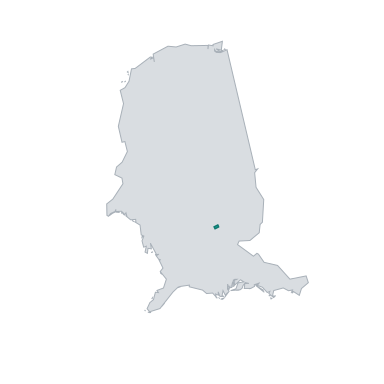 location of Vermilion, Illinois, United States of America, rotated 63°
{"feature_id": "52423323B2069636466078", "entity_name": "Vermilion", "entity_type": "district", "adm_level": 2, "iso_a3": "USA", "parent_name": "United States of America", "parent_adm1": "Illinois", "projection": "albers", "projection_center": [-87.652, 40.18], "detail": "fine", "context": "in_parent", "style": "filled", "palette": "teal", "viewbox_px": 384, "rotation_deg": 63, "n_neighbors": 0, "source": "geoboundaries", "source_scale": "gbopen_adm2", "svg_char_len": 4040}
<svg xmlns="http://www.w3.org/2000/svg" viewBox="0 0 384 384"><g transform="rotate(63 192 192)"><path d="M296.3,149.1L314.1,144.3L318.6,128.4L325.6,129.5L327.7,138.3L332.8,143.3L326.4,147.0L326.4,148.7L324.9,146.9L323.8,150.8L318.9,154.3L316.9,163.9L320.7,167.1L322.7,166.2L321.8,164.7L322.6,165.3L323.1,167.2L317.3,169.6L315.9,167.8L315.7,170.6L308.8,172.5L304.1,176.9L304.3,174.8L303.6,173.6L302.9,178.6L304.5,179.2L304.6,183.4L301.7,189.2L297.5,186.5L299.3,182.8L297.0,185.5L298.5,189.0L300.4,190.9L301.0,193.2L297.4,202.4L298.2,196.8L293.9,192.2L295.6,186.6L292.2,188.6L294.4,196.4L290.7,194.4L289.5,194.8L290.3,192.2L290.2,191.5L289.2,193.6L289.3,195.2L295.0,197.6L294.0,199.2L291.3,196.7L290.3,196.4L293.7,199.3L295.1,199.8L294.5,201.9L292.7,200.6L295.6,203.3L295.1,203.8L293.6,202.4L290.2,202.1L294.7,204.5L297.3,204.0L300.8,211.0L297.8,205.7L299.0,209.2L293.9,209.1L297.9,212.2L299.5,211.0L297.7,214.5L292.8,214.0L295.9,215.3L293.6,217.3L296.7,218.1L291.4,219.5L289.1,225.1L284.2,227.1L275.2,237.5L273.8,236.6L270.7,245.7L270.5,247.8L272.5,254.4L281.3,273.5L279.5,284.1L275.6,285.0L271.4,279.7L270.4,275.2L264.7,270.1L266.4,267.6L263.8,267.9L264.6,261.0L258.0,254.4L248.4,256.4L246.6,252.4L237.2,252.2L238.4,250.6L236.7,252.2L232.5,252.9L232.4,249.8L231.7,252.0L218.7,252.3L224.2,254.0L222.2,256.8L226.4,259.6L224.2,261.1L219.6,257.3L219.2,260.1L212.8,258.7L209.4,254.9L207.1,256.7L197.9,253.3L192.2,256.8L193.7,255.8L190.8,254.6L188.9,259.3L182.9,261.9L184.3,261.1L180.6,260.3L181.7,262.0L177.1,263.6L174.8,268.8L172.9,267.7L174.4,269.4L174.2,274.3L175.7,277.5L174.2,278.4L163.9,273.4L162.4,265.8L153.3,249.8L147.8,248.1L141.5,252.9L135.5,247.9L133.7,240.7L126.6,231.2L116.6,228.9L115.9,231.8L100.0,227.8L82.2,212.9L68.8,209.8L68.6,204.3L64.7,197.8L54.8,190.0L56.1,186.6L52.8,167.8L53.8,166.3L54.8,169.0L54.9,165.3L59.0,166.5L51.5,164.0L51.2,147.2L55.6,140.3L57.1,131.0L61.3,126.3L68.7,111.1L71.9,112.9L68.5,110.6L71.3,106.8L70.1,106.3L71.5,96.5L78.9,101.5L75.4,105.5L79.4,103.2L77.6,107.0L75.3,107.2L76.6,107.9L78.7,106.9L80.8,103.2L81.1,96.2L200.9,125.5L201.2,123.0L203.2,127.4L216.9,132.8L231.3,131.5L250.9,143.0L251.8,146.0L258.8,150.6L261.5,162.4L257.1,172.3L259.5,175.3L277.1,166.4L276.1,162.0L277.6,161.0L287.4,159.7L296.3,149.1ZM311.2,174.1L314.2,173.1L304.0,177.7L312.2,172.8L311.2,174.1ZM80.2,100.2L80.3,103.1L80.0,103.5L79.3,101.0L80.2,100.2ZM175.6,276.7L174.6,272.2L175.0,269.7L174.9,272.3L175.6,276.7ZM327.2,147.2L327.4,148.5L326.9,148.4L327.2,147.2ZM209.4,256.2L209.7,257.2L208.7,256.4L209.4,256.2ZM57.7,195.5L59.2,195.5L57.7,195.5ZM56.5,194.7L55.7,195.1L55.5,194.4L56.5,194.7ZM320.1,169.3L319.4,170.3L319.2,170.1L320.1,169.3ZM176.1,267.5L175.1,269.4L177.4,265.8L176.1,267.5ZM278.7,267.2L280.3,271.0L278.4,266.9L278.7,267.2ZM63.2,201.1L63.4,202.3L63.1,201.1L63.2,201.1ZM280.2,284.6L279.0,285.9L280.8,283.2L280.2,284.6ZM301.5,213.4L300.5,215.1L301.0,211.3L301.5,213.4ZM79.9,97.7L79.6,98.5L79.3,97.9L79.9,97.7ZM181.7,262.8L179.5,263.5L181.8,262.6L181.7,262.8ZM323.0,169.1L323.2,170.1L322.2,170.0L323.0,169.1ZM62.2,203.9L62.2,205.3L61.9,204.0L62.2,203.9ZM179.0,264.2L178.1,264.6L178.9,263.9L179.0,264.2ZM300.7,194.9L299.7,197.2L300.8,194.1L300.7,194.9ZM191.5,257.6L190.1,258.3L192.1,257.1L191.5,257.6ZM271.0,246.7L270.8,248.3L270.6,247.2L271.0,246.7ZM297.2,218.3L296.8,218.7L297.9,217.3L297.2,218.3ZM251.9,255.9L250.3,256.8L249.6,256.6L251.9,255.9ZM231.9,252.6L231.6,252.9L230.6,252.8L231.9,252.6ZM268.6,275.4L268.9,276.5L268.3,275.2L268.6,275.4ZM227.7,254.8L227.4,255.9L227.4,254.0L227.7,254.8ZM276.6,287.6L275.6,287.8L276.9,287.4L276.6,287.6ZM304.4,184.2L304.0,185.3L304.5,183.7L304.4,184.2ZM299.5,215.5L299.1,215.9L298.9,215.9L299.5,215.5Z" fill="#d9dde1" stroke="#a8b0b8" stroke-width="1"/><path d="M233.1,188.1L233.8,188.1L234.7,188.1L235.0,188.2L234.9,188.1L235.2,188.1L235.2,187.5L235.2,187.4L235.2,187.2L235.2,186.4L235.2,186.2L235.2,185.6L235.2,184.2L234.6,184.0L233.1,184.0L233.1,184.6L233.1,185.5L233.1,185.8L233.1,186.4L233.1,186.8L233.1,188.1Z" fill="#14b8a6" stroke="#0f766e" stroke-width="1.5"/></g></svg>